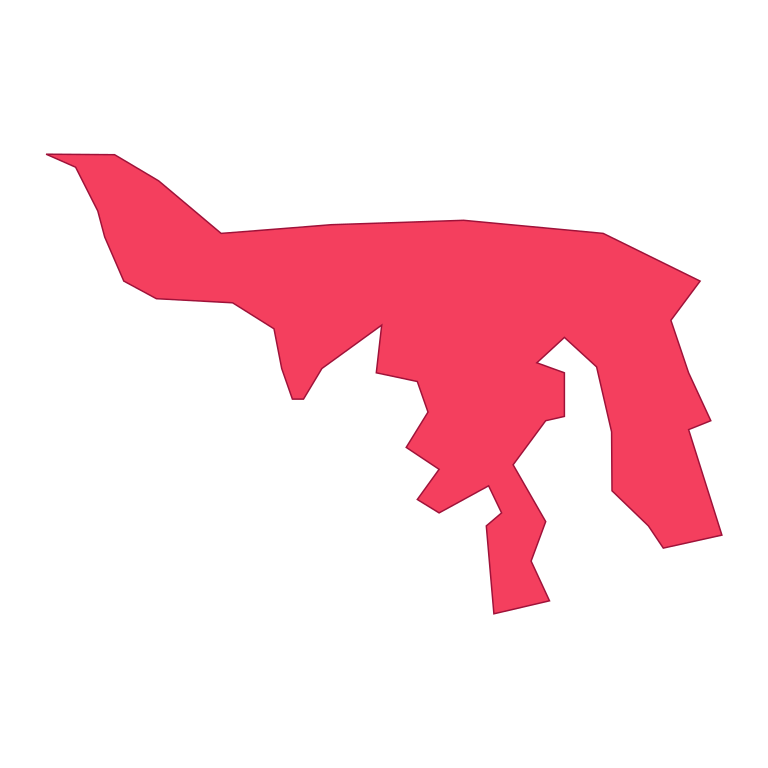 the state/province of Southern
{"feature_id": "HKG-5156", "entity_name": "Southern", "entity_type": "state/province", "adm_level": 1, "iso_a3": "HKG", "parent_name": "Hong Kong S.A.R.", "parent_adm1": "", "projection": "natural_earth1", "projection_center": [114.195, 22.231], "detail": "fine", "context": "isolated", "style": "filled", "palette": "rose", "viewbox_px": 768, "rotation_deg": 0, "n_neighbors": 0, "source": "natural_earth", "source_scale": "10m", "svg_char_len": 765}
<svg xmlns="http://www.w3.org/2000/svg" viewBox="0 0 768 768"><path d="M700.1,281.1L670.9,320.3L688.6,372.8L710.8,420.7L688.6,429.6L721.9,535.1L663.3,548.1L648.4,525.9L612.0,490.8L611.6,431.9L596.6,366.9L564.4,337.4L536.8,362.8L564.4,372.8L564.4,416.4L545.7,420.7L513.1,464.8L545.7,521.6L531.1,561.1L549.5,600.8L493.9,613.8L486.3,525.9L501.6,512.9L488.6,485.8L439.1,512.9L417.3,499.5L439.1,469.3L406.2,447.4L428.0,412.1L417.3,381.5L376.3,372.8L381.7,325.1L321.9,368.5L303.5,399.1L292.4,399.1L281.7,368.5L274.0,328.8L232.6,302.8L156.4,298.7L123.8,281.1L104.7,237.0L97.8,211.0L75.6,167.2L46.1,154.2L114.6,154.7L158.7,180.9L221.1,233.4L281.1,228.7L331.3,224.7L404.9,222.3L463.6,220.3L603.2,233.4L700.1,281.1Z" fill="#f43f5e" stroke="#9f1239" stroke-width="1.5"/></svg>